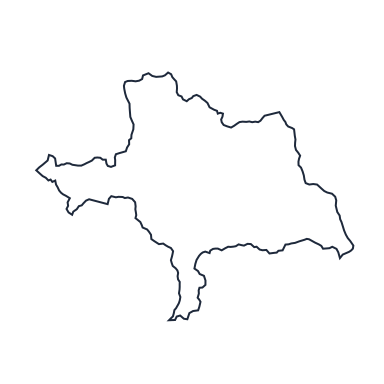 Piraju, São Paulo, Brazil, rotated 350°
{"feature_id": "56859067B99477095521428", "entity_name": "Piraju", "entity_type": "district", "adm_level": 2, "iso_a3": "BRA", "parent_name": "Brazil", "parent_adm1": "São Paulo", "projection": "mercator", "projection_center": [-49.387, -23.195], "detail": "fine", "context": "isolated", "style": "outline", "palette": "slate", "viewbox_px": 384, "rotation_deg": 350, "n_neighbors": 0, "source": "geoboundaries", "source_scale": "gbopen_adm2", "svg_char_len": 3816}
<svg xmlns="http://www.w3.org/2000/svg" viewBox="0 0 384 384"><g transform="rotate(350 192 192)"><path d="M63.0,135.2L61.0,132.5L57.6,130.7L55.3,135.9L49.7,139.2L45.7,141.3L42.4,143.6L45.4,147.5L47.7,150.4L50.5,152.6L52.6,155.7L54.9,155.2L56.2,157.8L59.3,157.0L59.4,161.1L60.5,164.0L61.4,167.4L62.9,170.0L64.6,171.9L67.1,173.8L70.6,176.9L67.7,180.6L67.6,184.1L65.5,186.9L66.9,190.7L70.0,193.6L71.7,190.7L75.6,188.9L78.1,186.3L81.1,186.0L83.1,184.3L86.1,182.1L89.4,181.3L106.8,189.3L109.0,184.3L111.8,182.1L116.1,184.0L118.9,184.0L122.9,184.9L124.8,186.3L128.0,186.3L131.9,188.4L134.2,192.2L134.0,196.3L133.2,199.2L133.2,202.1L133.1,205.1L131.8,207.9L135.9,212.6L136.8,216.0L137.2,218.4L141.3,221.1L142.7,223.6L144.2,227.0L143.8,231.3L146.3,233.8L150.4,237.6L154.7,237.8L156.7,239.8L158.9,241.7L161.5,243.5L163.1,247.0L162.1,249.6L161.1,252.0L159.4,255.5L159.7,258.5L160.2,261.5L162.6,264.2L164.0,266.7L164.3,269.3L163.2,272.4L163.1,275.7L164.3,278.4L163.8,280.9L163.4,283.3L162.8,285.9L161.6,289.5L162.3,293.4L161.1,296.7L159.7,299.3L157.9,301.5L156.1,303.7L154.2,305.2L153.0,308.3L151.6,311.2L149.2,312.8L147.1,314.3L153.1,315.1L155.3,312.0L158.9,311.6L162.0,315.4L165.3,316.5L168.4,310.8L172.4,309.4L177.5,309.6L179.3,306.3L181.3,301.6L180.4,299.2L179.2,297.1L181.1,293.3L181.5,290.0L182.7,287.6L185.7,287.9L189.1,285.8L189.9,281.5L189.2,276.6L185.3,274.1L184.2,270.9L181.1,267.8L182.8,263.4L184.7,259.7L187.9,256.1L189.9,254.5L192.0,253.4L194.7,253.0L198.7,255.2L199.8,252.9L202.8,251.7L205.2,251.8L207.6,252.2L211.1,254.6L214.8,253.2L218.1,252.2L220.5,252.8L223.3,253.0L225.7,253.0L228.8,251.7L231.7,253.0L233.9,253.8L237.7,252.7L240.9,253.5L243.7,257.1L246.1,257.1L248.6,260.4L251.3,261.6L255.2,262.0L257.6,266.0L262.5,266.2L264.9,266.4L266.9,264.9L271.1,265.2L273.0,262.6L274.9,260.0L278.1,260.3L280.8,259.9L284.7,260.0L289.2,259.2L294.4,258.6L296.9,258.1L299.1,258.9L304.5,263.3L307.8,265.6L310.0,267.5L311.2,270.6L317.6,271.2L320.6,270.3L324.4,273.1L325.6,276.8L326.2,282.8L329.6,279.8L336.3,278.2L338.6,277.2L340.6,275.7L341.6,272.8L339.3,267.7L337.4,264.4L336.1,260.7L335.1,256.2L334.6,252.1L334.0,247.5L333.2,244.6L333.3,240.8L331.6,236.9L331.2,230.4L332.6,225.3L332.2,221.5L329.6,218.0L325.1,216.0L322.4,214.0L320.1,211.1L316.5,206.4L312.8,205.2L308.8,205.0L305.5,203.0L304.9,199.4L305.0,195.1L304.5,191.0L303.6,186.9L301.6,184.1L302.1,180.6L303.2,177.8L304.8,175.0L303.4,171.7L301.7,168.6L301.4,164.6L302.1,161.4L303.0,158.3L303.0,154.6L303.2,151.4L303.4,148.0L301.7,146.4L298.1,144.2L296.6,141.8L296.1,139.2L294.9,137.0L293.9,133.9L291.9,128.5L276.7,129.5L274.2,131.5L271.8,133.7L269.3,134.7L266.5,133.7L263.4,133.7L260.7,132.5L257.7,132.4L254.0,131.5L250.9,131.4L248.1,132.6L245.0,134.1L241.7,135.3L238.1,133.5L234.8,131.5L233.4,128.5L233.3,125.7L235.1,123.1L236.1,120.2L233.6,118.9L231.0,119.3L230.7,116.4L228.0,114.8L224.0,111.6L222.7,107.0L220.6,104.4L218.1,101.9L216.6,99.5L213.4,97.2L209.9,97.8L208.1,99.4L205.1,100.1L202.6,101.7L199.2,99.2L198.3,96.1L195.3,94.3L194.3,91.0L195.2,87.5L195.6,84.7L195.6,80.3L194.1,78.0L192.6,75.5L191.9,72.4L189.2,70.2L185.6,72.4L182.8,73.0L176.7,72.4L173.0,70.8L169.8,67.5L164.0,68.7L162.5,72.1L159.3,73.2L155.7,73.2L151.9,72.0L147.9,71.5L145.2,72.1L143.4,75.6L143.2,78.5L143.3,83.3L143.8,87.6L145.8,94.2L145.2,98.3L144.9,101.1L144.3,107.4L145.1,111.0L146.2,115.3L145.1,120.1L142.3,125.2L141.5,128.6L139.0,130.0L138.4,134.1L135.8,136.9L133.9,140.4L130.2,140.8L127.2,141.1L123.6,141.6L122.0,144.6L121.9,147.2L121.4,149.8L120.9,152.4L116.6,153.2L113.6,151.7L112.7,149.2L112.7,145.2L109.6,144.6L107.7,142.4L104.8,141.6L102.1,141.4L98.8,143.7L95.7,144.6L93.3,145.2L90.8,146.0L87.5,146.8L84.3,146.2L81.3,145.2L78.9,144.4L76.6,142.7L73.6,141.9L70.6,142.7L68.1,142.2L65.6,143.1L62.8,142.6L62.9,139.2L63.0,135.2Z" fill="none" stroke="#1e293b" stroke-width="2"/></g></svg>